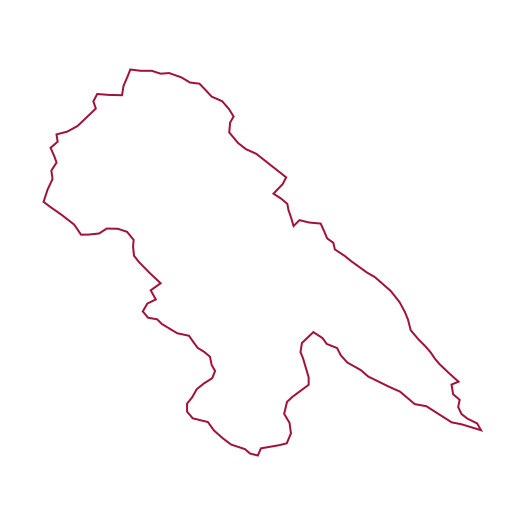 Bom Sucesso de Itararé, São Paulo, Brazil (Robinson projection), rotated 264°
{"feature_id": "56859067B48651649714430", "entity_name": "Bom Sucesso de Itararé", "entity_type": "district", "adm_level": 2, "iso_a3": "BRA", "parent_name": "Brazil", "parent_adm1": "São Paulo", "projection": "robinson", "projection_center": [-49.173, -24.325], "detail": "fine", "context": "isolated", "style": "outline", "palette": "rose", "viewbox_px": 512, "rotation_deg": 264, "n_neighbors": 0, "source": "geoboundaries", "source_scale": "gbopen_adm2", "svg_char_len": 1913}
<svg xmlns="http://www.w3.org/2000/svg" viewBox="0 0 512 512"><g transform="rotate(264 256 256)"><path d="M385.1,63.0L376.4,65.8L369.8,67.4L362.4,61.4L353.8,61.7L343.9,55.7L332.1,50.4L326.6,56.2L317.4,66.8L306.2,78.5L295.5,84.2L294.8,91.9L294.8,102.3L298.9,110.4L297.5,121.5L293.5,130.3L284.8,136.0L278.1,134.7L269.0,134.7L261.9,139.2L250.1,148.6L238.9,158.3L232.9,147.7L223.3,151.8L220.0,142.9L212.7,137.6L205.9,142.2L203.4,151.0L198.1,155.4L187.4,169.6L183.7,181.0L177.9,184.2L170.8,188.3L166.0,194.5L160.7,199.7L152.3,200.5L146.0,203.3L139.1,199.7L134.6,190.7L129.7,183.1L122.1,177.7L116.4,172.0L108.4,171.2L101.2,176.1L95.9,190.8L86.8,196.0L78.3,203.8L71.1,211.5L65.1,224.8L60.2,229.4L57.4,237.0L64.2,240.8L65.4,259.2L66.5,267.0L75.9,272.2L86.5,271.9L96.1,267.5L107.7,271.6L112.2,277.6L122.4,294.9L129.7,295.7L149.2,292.1L155.8,290.2L164.7,292.6L174.3,305.1L167.4,313.6L161.1,317.2L156.0,327.0L148.5,329.9L140.6,335.6L131.4,348.5L124.4,355.0L111.9,374.9L106.1,385.0L92.1,398.4L88.8,409.7L70.1,433.2L67.2,442.7L59.2,461.6L66.3,458.5L72.2,449.2L77.4,443.8L84.7,441.3L91.7,443.5L97.9,437.6L107.7,437.0L109.8,444.3L119.3,435.7L129.3,427.2L135.3,423.1L141.6,419.8L148.5,415.0L155.9,409.0L166.0,402.1L176.9,400.5L184.5,398.3L195.0,394.0L207.2,386.3L222.5,372.1L228.2,364.3L241.4,349.6L246.5,344.6L254.3,335.1L261.0,334.3L266.1,328.6L272.8,326.6L281.5,323.7L283.7,312.5L287.1,303.0L281.9,296.5L290.6,294.9L298.2,293.1L304.6,292.6L310.5,286.9L316.2,279.9L324.9,290.2L331.1,294.2L345.0,279.9L357.6,267.0L363.2,257.3L370.1,250.1L381.7,242.3L391.4,244.2L397.1,248.3L405.1,244.4L413.5,238.5L419.1,228.6L426.7,222.9L433.3,217.8L435.4,208.5L441.4,200.5L447.0,188.8L447.3,180.2L451.1,171.7L452.2,160.8L454.6,150.5L447.7,146.9L439.0,142.0L429.9,139.6L431.6,126.4L433.7,115.0L426.7,110.4L419.4,112.1L411.8,102.3L404.0,92.2L399.4,81.2L397.8,70.3L390.4,70.7L385.1,63.0Z" fill="none" stroke="#9f1239" stroke-width="2"/></g></svg>